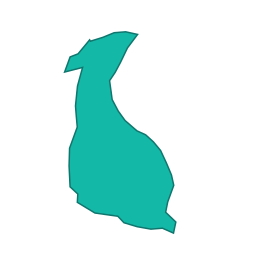 Agioi Trimithias, Nicosia, Cyprus, rotated 290°
{"feature_id": "46923920B49674797191494", "entity_name": "Agioi Trimithias", "entity_type": "district", "adm_level": 2, "iso_a3": "CYP", "parent_name": "Cyprus", "parent_adm1": "Nicosia", "projection": "orthographic", "projection_center": [33.238, 35.108], "detail": "fine", "context": "isolated", "style": "filled", "palette": "teal", "viewbox_px": 256, "rotation_deg": 290, "n_neighbors": 0, "source": "geoboundaries", "source_scale": "gbopen_adm2", "svg_char_len": 673}
<svg xmlns="http://www.w3.org/2000/svg" viewBox="0 0 256 256"><g transform="rotate(290 128 128)"><path d="M197.7,61.8L180.6,55.7L175.0,49.3L158.9,49.3L169.4,64.6L150.1,66.2L130.8,71.1L122.0,75.1L111.5,80.0L100.3,80.0L89.0,80.0L72.2,85.6L52.9,93.7L48.8,103.4L40.8,105.8L36.8,126.0L41.6,148.6L37.6,156.6L38.4,170.4L40.8,184.1L45.6,194.6L44.8,206.7L56.0,205.1L61.7,192.2L72.1,190.6L89.8,190.6L98.7,184.9L108.3,176.0L118.0,166.3L123.6,156.7L127.6,147.0L128.4,137.3L134.0,122.7L140.5,113.1L149.3,103.4L166.2,94.5L175.8,96.9L187.1,98.5L203.1,100.1L219.2,105.0L217.6,92.9L212.8,82.4L204.7,73.5L196.7,63.0L197.7,61.8Z" fill="#14b8a6" stroke="#0f766e" stroke-width="1.5"/></g></svg>